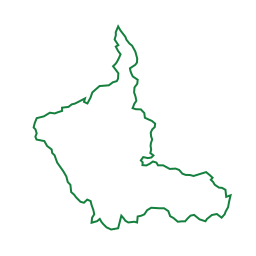 the district of Salto do Itararé, Paraná, Brazil, rotated 83°
{"feature_id": "56859067B10187530268623", "entity_name": "Salto do Itararé", "entity_type": "district", "adm_level": 2, "iso_a3": "BRA", "parent_name": "Brazil", "parent_adm1": "Paraná", "projection": "orthographic", "projection_center": [-49.691, -23.621], "detail": "fine", "context": "isolated", "style": "outline", "palette": "green", "viewbox_px": 256, "rotation_deg": 83, "n_neighbors": 0, "source": "geoboundaries", "source_scale": "gbopen_adm2", "svg_char_len": 2155}
<svg xmlns="http://www.w3.org/2000/svg" viewBox="0 0 256 256"><g transform="rotate(83 128 128)"><path d="M207.3,34.4L208.3,38.9L201.2,38.8L198.8,42.1L198.3,44.9L194.8,48.9L191.9,50.1L189.5,52.1L187.7,50.1L184.6,52.7L181.3,55.9L183.6,68.8L182.2,72.2L181.6,76.4L180.0,79.6L175.9,82.3L174.1,85.7L173.7,91.6L169.3,97.7L168.7,102.8L165.8,104.0L164.3,107.3L166.3,111.1L167.4,114.4L166.6,118.2L163.9,117.6L161.7,119.2L158.7,116.4L160.3,112.0L160.1,108.4L158.3,106.1L155.6,108.9L152.2,107.6L148.6,107.8L145.8,107.1L142.3,105.4L139.1,106.1L135.4,106.0L132.3,104.1L130.4,101.4L127.0,100.5L123.9,103.4L121.5,107.4L119.9,110.0L115.1,110.0L111.1,113.0L110.3,117.9L108.9,121.0L104.6,118.7L102.1,116.4L97.8,116.7L93.4,117.6L88.5,116.6L85.2,113.4L81.3,112.5L77.4,117.0L74.7,117.9L71.9,118.6L69.0,118.8L66.2,113.1L64.1,111.1L60.1,110.4L53.1,111.4L46.8,113.9L44.3,116.3L40.2,118.8L37.2,119.5L30.3,123.6L26.0,125.4L31.5,128.5L34.3,128.7L38.5,130.5L44.6,127.5L45.7,130.2L50.3,128.5L53.9,126.4L57.2,128.3L61.0,130.9L62.9,132.6L64.9,135.3L72.5,130.9L77.9,131.9L80.1,133.4L80.8,137.5L83.3,141.8L82.9,151.1L86.6,156.6L88.4,159.1L93.3,161.5L98.7,165.3L96.7,168.5L93.4,167.1L95.9,173.8L97.3,177.7L97.7,181.0L99.8,184.5L99.8,191.0L103.0,191.3L103.8,195.7L104.6,199.0L103.3,203.7L106.2,210.1L107.1,217.4L112.0,220.1L116.0,221.6L118.1,220.0L122.2,219.3L125.4,221.0L128.3,220.2L130.8,212.6L136.0,210.5L140.0,206.4L143.5,206.3L146.1,204.2L148.9,203.6L153.7,202.5L163.0,197.5L168.6,195.1L174.2,194.4L177.4,192.1L184.7,192.2L187.7,189.5L190.5,188.0L192.8,186.2L195.4,184.2L196.8,180.9L194.1,177.2L196.0,174.0L199.7,173.6L205.1,172.4L209.5,172.0L212.7,174.6L217.6,175.7L216.7,170.0L214.8,167.1L218.2,165.7L220.6,164.1L224.0,161.4L226.7,157.1L226.3,150.0L214.2,145.3L217.3,143.2L219.7,142.0L221.8,139.2L221.8,133.2L222.9,130.5L217.0,129.2L216.7,125.7L215.7,122.3L211.9,119.0L210.0,114.7L211.6,106.0L212.1,101.9L215.4,98.1L220.7,96.9L222.8,93.9L227.1,90.0L227.2,85.8L227.6,82.7L225.1,79.9L222.6,76.6L222.3,73.0L227.4,68.1L230.0,62.5L228.0,60.8L224.6,55.4L224.2,50.3L228.4,46.0L225.3,42.5L222.7,41.2L218.8,38.3L214.2,36.9L207.3,34.4Z" fill="none" stroke="#15803d" stroke-width="2"/></g></svg>